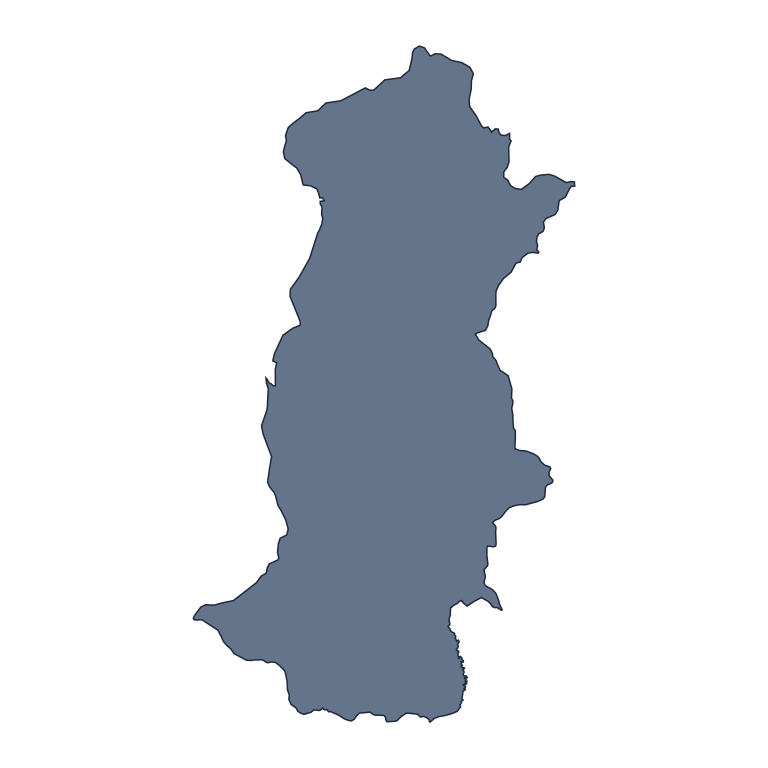 outline of Rejang Lebong, Bengkulu, Indonesia, rotated 90°
{"feature_id": "22746128B47928451075254", "entity_name": "Rejang Lebong", "entity_type": "district", "adm_level": 2, "iso_a3": "IDN", "parent_name": "Indonesia", "parent_adm1": "Bengkulu", "projection": "orthographic", "projection_center": [102.767, -3.438], "detail": "fine", "context": "isolated", "style": "filled", "palette": "slate", "viewbox_px": 768, "rotation_deg": 90, "n_neighbors": 0, "source": "geoboundaries", "source_scale": "gbopen_adm2", "svg_char_len": 6134}
<svg xmlns="http://www.w3.org/2000/svg" viewBox="0 0 768 768"><g transform="rotate(90 384 384)"><path d="M127.4,479.7L135.6,482.5L140.8,481.6L146.9,483.5L151.9,484.6L158.5,483.3L163.3,477.5L167.9,471.3L174.6,467.4L185.0,464.8L185.8,457.5L188.9,451.1L192.8,449.6L198.0,448.2L197.7,445.6L200.9,443.8L201.3,447.8L204.4,447.7L206.1,446.3L208.1,446.0L214.5,446.4L216.1,446.0L216.8,445.4L219.0,445.4L223.8,446.1L229.6,448.4L232.3,449.8L232.8,450.2L258.5,458.4L277.8,469.3L289.2,477.6L296.3,478.0L321.5,467.8L325.3,467.8L328.0,474.9L335.3,485.1L354.0,493.7L360.9,495.2L362.9,491.2L369.0,492.7L385.8,492.6L385.8,494.8L383.8,496.8L383.3,498.5L382.2,499.3L379.4,500.8L378.0,502.0L383.3,501.5L388.7,499.7L402.2,500.5L404.9,500.5L409.5,500.9L425.8,506.5L433.6,505.0L445.3,500.7L456.6,496.4L468.1,498.4L482.1,500.4L486.0,498.8L487.1,498.2L492.8,493.7L495.8,492.4L505.0,490.2L511.3,486.5L519.9,482.3L529.1,479.8L535.0,481.3L538.2,487.8L543.7,489.6L549.4,490.2L552.3,490.5L557.5,489.3L559.8,489.9L563.9,498.7L567.6,500.7L573.1,501.7L576.1,506.8L582.7,511.6L600.6,534.6L602.7,545.0L605.1,553.6L604.8,562.7L607.2,567.3L615.8,573.7L618.7,574.7L619.9,573.2L620.0,571.4L619.7,566.2L630.2,550.1L634.0,548.2L635.9,547.0L640.8,544.9L641.7,544.3L645.2,541.5L648.9,537.2L653.6,534.0L660.2,521.6L660.5,516.8L660.0,514.0L659.8,506.0L660.2,504.9L662.6,501.3L662.6,499.2L662.0,497.0L662.3,493.1L662.8,492.1L665.6,488.5L671.0,483.2L674.0,482.3L679.6,481.3L680.8,480.9L689.5,480.6L695.1,478.7L699.3,479.2L704.5,476.9L705.5,475.3L706.2,474.6L706.9,473.3L707.8,472.3L708.7,471.4L710.9,470.4L712.8,468.0L714.2,464.7L714.1,464.3L714.3,463.9L713.7,461.7L713.5,461.8L712.5,457.2L709.9,454.2L710.5,448.2L708.1,445.2L709.6,444.0L709.9,440.8L711.7,439.6L711.7,437.2L715.0,429.7L719.1,423.2L720.6,418.8L720.9,416.8L719.4,413.9L716.3,411.7L713.2,408.8L712.1,397.8L714.6,394.8L715.1,392.6L715.4,384.4L716.8,382.6L719.5,382.3L721.8,381.0L721.2,372.7L720.7,370.9L717.3,367.6L713.2,362.0L713.4,356.2L713.7,356.1L714.0,351.4L715.1,349.3L716.8,348.1L717.0,347.5L716.5,344.9L716.6,343.7L716.9,342.9L718.2,340.6L719.1,339.5L719.5,339.0L721.9,338.5L721.9,337.6L718.4,333.7L716.6,329.1L715.5,322.7L713.3,315.3L711.4,310.8L708.2,308.5L707.1,307.5L706.7,307.4L705.1,308.1L704.6,308.0L703.9,307.1L701.4,306.6L700.6,305.3L700.1,305.0L699.8,305.0L699.2,306.0L698.4,306.0L693.5,305.2L691.8,305.2L691.3,305.0L689.6,302.6L689.2,302.6L688.9,304.0L688.7,304.1L688.3,303.9L687.2,302.5L686.3,302.5L685.9,302.8L685.4,304.6L684.8,304.8L683.9,301.3L683.4,301.4L683.3,302.4L683.0,302.7L682.6,302.7L681.7,301.1L681.1,301.1L681.1,302.6L680.9,302.8L680.7,302.8L679.2,301.9L678.9,301.9L678.7,302.2L678.6,303.3L678.4,303.5L677.6,303.2L677.8,301.2L677.6,300.8L677.4,300.8L676.0,301.8L675.8,302.3L676.0,303.8L675.4,304.5L673.5,304.7L672.3,303.9L671.8,303.9L669.6,305.2L669.3,305.0L668.5,303.6L667.9,303.5L667.6,304.3L668.0,305.5L666.3,306.9L665.7,305.8L665.3,305.7L664.1,306.7L663.7,306.8L662.8,306.2L661.8,307.1L661.7,306.8L662.2,305.0L661.9,304.6L661.3,304.5L660.6,304.7L659.6,306.0L659.2,306.2L658.3,306.0L657.8,306.3L656.4,307.6L656.4,308.0L658.5,309.1L658.6,309.4L658.3,309.7L656.8,309.3L655.9,310.2L654.6,309.8L653.1,310.4L652.0,309.0L651.4,309.2L650.2,311.4L649.5,311.6L648.5,310.6L646.3,309.7L645.9,309.7L644.6,310.5L644.1,310.4L642.5,309.0L640.3,309.3L640.1,309.5L640.2,309.8L641.1,310.5L641.2,311.2L637.8,312.8L636.7,312.3L636.3,312.3L634.8,313.5L633.5,313.4L633.1,313.7L632.0,316.0L631.1,317.2L630.2,317.7L628.5,318.2L626.6,319.9L625.9,319.7L624.7,318.1L621.7,318.5L621.2,319.0L620.2,318.7L617.9,318.9L615.6,317.6L610.3,317.6L607.6,317.3L607.3,316.3L606.6,316.0L604.5,313.0L603.6,310.8L601.9,309.3L600.5,306.5L601.4,306.0L601.3,305.4L601.5,305.2L602.1,305.3L603.1,304.7L604.0,303.3L604.7,302.6L605.6,301.3L606.2,300.9L601.9,294.7L597.6,286.6L601.5,279.7L604.0,277.3L606.7,275.5L607.7,272.9L607.6,270.6L610.1,267.0L610.2,266.1L609.5,265.9L603.8,268.6L600.6,269.3L593.6,272.0L590.3,274.9L588.0,278.1L587.1,280.5L586.0,282.3L583.7,283.7L581.1,283.9L577.7,282.7L574.9,282.8L573.4,283.5L569.7,283.9L565.8,280.5L564.0,280.1L555.6,281.1L547.4,281.1L546.1,280.4L546.8,274.3L546.2,272.4L544.0,271.9L531.7,272.4L527.9,272.0L525.8,272.6L522.9,275.3L521.1,274.2L519.9,272.1L518.6,268.7L515.7,265.6L511.1,262.2L507.7,258.7L505.8,253.9L504.7,248.2L504.8,242.5L501.5,230.4L499.0,224.9L496.9,223.3L487.4,222.5L485.4,221.3L482.6,215.7L480.2,215.1L475.7,218.9L472.0,218.9L468.7,217.3L467.1,217.8L466.7,218.6L465.1,223.4L461.8,226.9L458.0,229.0L456.2,230.6L453.9,234.3L451.0,241.9L450.5,248.4L448.7,253.0L445.3,253.1L438.3,252.6L430.4,252.7L428.6,254.3L424.3,254.9L414.5,255.2L408.4,256.3L403.2,255.1L400.9,255.1L398.1,256.5L388.8,256.1L375.6,259.9L370.4,267.8L365.4,270.1L360.7,271.9L358.2,273.7L357.0,275.2L353.3,275.6L350.8,276.8L348.8,278.1L339.9,289.3L334.2,292.6L333.9,292.2L333.7,292.3L332.7,290.3L330.4,282.5L325.9,280.2L320.0,279.2L316.4,277.8L311.9,276.5L310.7,276.0L308.3,273.2L305.7,272.1L295.6,272.2L291.0,271.9L285.4,269.4L278.4,264.4L272.4,257.0L263.2,252.0L262.0,247.8L257.6,245.9L253.1,240.0L252.4,235.3L253.2,229.9L252.8,229.3L252.1,229.2L249.4,231.3L246.1,230.4L244.4,230.6L241.9,231.5L237.0,231.0L236.0,230.2L234.2,229.8L232.1,226.0L231.2,224.8L228.8,223.9L226.9,223.7L222.4,224.6L221.9,224.4L218.6,222.1L214.5,212.9L210.2,210.2L200.6,208.8L197.2,202.7L188.8,198.5L186.2,196.5L186.2,193.3L181.8,193.6L181.6,197.5L182.6,201.8L176.2,213.1L174.4,218.8L175.0,226.8L176.5,232.5L183.2,238.3L189.3,246.5L188.6,252.6L185.6,257.5L180.1,260.2L177.4,264.2L171.9,264.2L167.4,260.8L161.9,259.0L147.0,259.3L140.9,256.9L139.1,258.4L133.4,258.4L135.5,262.7L135.2,266.9L132.4,269.1L129.1,269.7L128.8,272.7L130.6,274.5L130.6,274.9L132.1,276.4L127.0,280.0L127.9,284.3L125.5,286.7L115.7,291.9L106.6,298.3L99.3,298.9L89.3,296.8L80.5,296.5L73.8,294.6L67.4,298.0L62.6,306.2L60.5,316.3L54.1,326.9L53.8,333.0L55.6,336.3L55.6,337.9L56.5,337.5L47.8,343.6L46.1,348.9L49.2,353.8L52.6,355.5L58.7,356.0L70.6,358.9L74.8,364.2L77.7,367.2L79.9,383.2L90.1,394.2L90.3,397.8L87.9,402.7L100.8,427.3L103.0,442.1L110.8,450.2L112.7,461.8L117.5,467.5L123.5,475.2L127.4,479.7Z" fill="#64748b" stroke="#1e293b" stroke-width="1.5"/></g></svg>